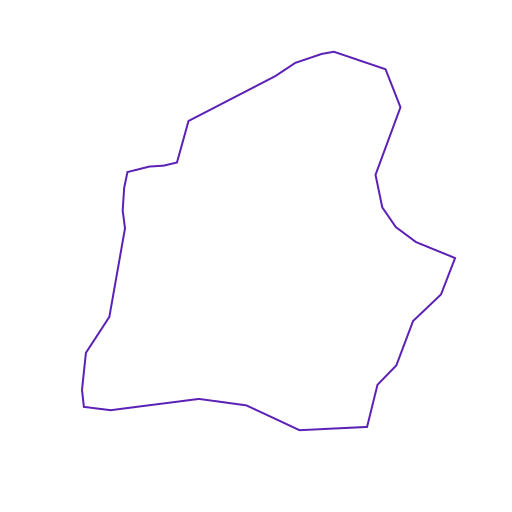 Velenje, Robinson projection, rotated 260°
{"feature_id": "SVN-1001", "entity_name": "Velenje", "entity_type": "Municipality", "adm_level": 1, "iso_a3": "SVN", "parent_name": "Slovenia", "parent_adm1": "", "projection": "robinson", "projection_center": [15.138, 46.376], "detail": "fine", "context": "isolated", "style": "outline", "palette": "violet", "viewbox_px": 512, "rotation_deg": 260, "n_neighbors": 0, "source": "natural_earth", "source_scale": "10m", "svg_char_len": 555}
<svg xmlns="http://www.w3.org/2000/svg" viewBox="0 0 512 512"><g transform="rotate(260 256 256)"><path d="M137.3,60.3L154.4,61.4L190.2,71.7L221.5,101.0L306.0,131.8L323.9,132.6L346.0,138.0L361.0,144.0L362.6,166.5L361.0,180.8L361.8,194.4L400.7,213.0L429.8,306.2L439.4,328.3L443.6,355.7L443.6,368.2L417.4,416.0L377.4,424.1L315.2,387.8L281.9,388.8L260.2,398.7L241.9,416.0L219.4,451.7L186.0,431.5L164.7,399.4L123.9,375.2L108.1,353.3L68.4,335.7L76.9,268.6L110.6,220.5L125.2,174.8L129.4,86.0L137.3,60.3Z" fill="none" stroke="#5b21b6" stroke-width="2"/></g></svg>